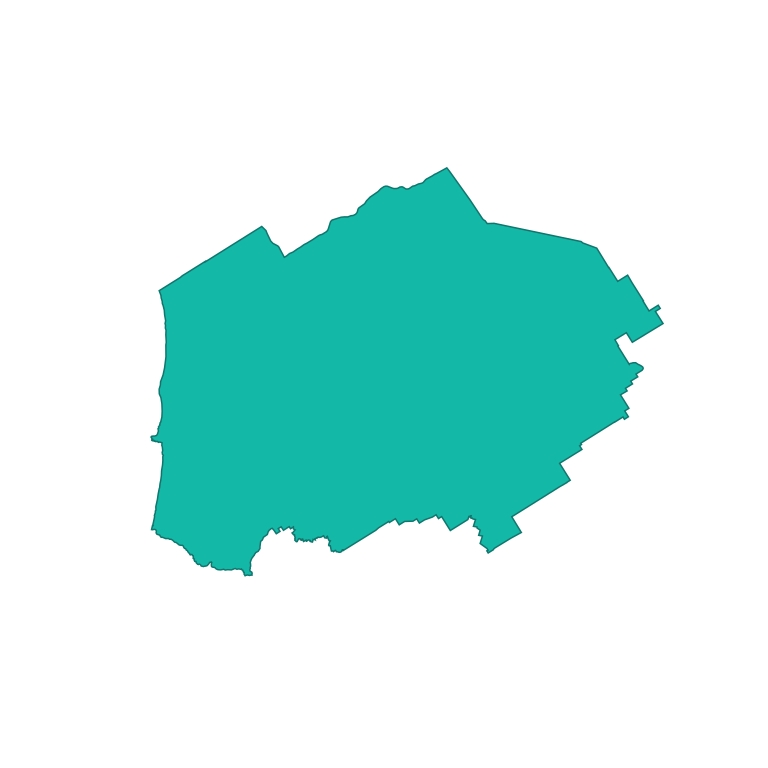 outline of Nannup, Western Australia, Australia, rotated 58°
{"feature_id": "25037944B96867361654532", "entity_name": "Nannup", "entity_type": "district", "adm_level": 2, "iso_a3": "AUS", "parent_name": "Australia", "parent_adm1": "Western Australia", "projection": "equal_earth", "projection_center": [115.67, -34.135], "detail": "fine", "context": "isolated", "style": "filled", "palette": "teal", "viewbox_px": 768, "rotation_deg": 58, "n_neighbors": 0, "source": "geoboundaries", "source_scale": "gbopen_adm2", "svg_char_len": 6170}
<svg xmlns="http://www.w3.org/2000/svg" viewBox="0 0 768 768"><g transform="rotate(58 384 384)"><path d="M185.7,525.2L190.6,526.2L193.1,527.4L196.2,528.2L198.4,529.4L200.3,529.7L204.9,531.2L208.9,533.3L214.7,535.7L216.8,537.7L218.3,538.1L220.7,539.8L222.8,540.3L226.6,542.9L233.3,546.6L235.3,548.3L245.4,554.5L254.0,561.5L259.3,566.6L263.6,572.2L266.5,574.3L269.2,577.4L273.3,579.8L277.3,580.4L283.0,582.8L289.6,586.6L294.2,589.8L298.0,593.6L298.3,594.5L299.1,595.0L299.3,595.6L300.1,595.9L300.8,597.9L302.0,598.4L302.1,599.3L304.4,600.3L306.5,602.8L307.1,604.2L306.5,606.4L305.6,607.6L305.7,608.2L305.2,608.7L305.2,609.1L305.6,609.2L305.7,609.7L307.4,609.8L308.1,609.5L308.2,610.5L308.6,610.8L309.2,610.6L309.7,610.1L309.5,609.6L310.2,609.5L310.3,609.2L311.0,608.9L311.5,608.4L311.3,608.3L311.9,608.1L312.4,606.8L312.7,606.8L313.0,606.3L313.9,606.3L314.2,605.3L315.1,604.2L316.2,603.4L318.4,605.0L319.8,605.3L323.1,606.9L324.5,608.4L326.4,609.2L327.5,608.9L328.4,610.1L331.9,612.2L335.4,614.8L339.7,618.6L343.8,621.4L347.2,624.2L349.8,626.7L353.2,629.4L353.7,630.1L357.5,633.7L362.0,637.5L367.1,642.5L369.7,644.0L370.2,644.4L370.4,645.1L372.0,646.2L373.8,648.4L374.8,648.8L376.5,650.3L381.2,654.9L381.3,655.1L381.6,654.8L381.9,655.3L381.8,655.8L384.3,658.3L384.9,657.6L385.6,655.7L386.5,654.9L387.9,654.8L389.4,656.1L390.7,656.3L392.1,655.4L393.2,654.3L394.8,654.4L395.9,654.2L396.7,653.0L399.5,651.0L400.7,648.8L402.1,648.0L403.0,646.7L404.8,645.9L406.4,645.6L407.5,645.2L408.1,644.3L412.0,643.0L413.1,641.8L414.1,640.3L415.4,640.1L416.2,640.4L417.7,640.3L418.5,639.5L420.2,639.7L421.0,639.1L423.3,639.2L424.9,638.7L425.8,639.0L426.3,638.8L426.4,637.9L426.9,637.2L427.9,637.3L428.6,636.8L429.3,637.3L429.9,637.4L430.5,638.2L431.5,638.0L431.9,637.6L432.8,638.3L434.1,638.5L434.9,637.5L436.0,638.0L438.1,637.6L438.7,637.1L438.8,636.2L439.4,635.7L440.2,635.4L441.4,635.5L442.2,634.8L443.1,633.9L443.6,632.1L444.0,631.7L444.3,630.1L443.5,627.5L442.9,626.5L443.5,624.7L444.0,624.6L445.1,625.8L447.0,626.9L447.7,626.9L448.6,626.3L449.9,624.8L451.9,624.3L453.4,623.3L455.1,621.0L456.2,618.1L457.6,617.3L458.6,615.0L460.8,611.9L461.5,608.2L461.8,607.7L462.7,607.4L463.3,606.6L463.8,605.2L465.2,603.7L465.4,602.9L466.4,603.0L467.2,602.4L468.5,602.8L468.7,602.6L469.2,602.8L469.8,602.5L471.1,603.4L473.0,603.4L473.0,602.7L473.6,601.0L475.1,599.5L475.3,598.7L476.0,597.4L475.5,597.4L475.3,596.5L473.7,595.8L471.6,596.7L470.3,596.2L469.7,595.3L468.6,594.7L467.8,593.6L465.6,592.4L464.7,592.2L463.3,590.6L461.8,588.5L460.6,585.4L460.5,584.9L459.9,584.1L459.1,582.2L459.0,581.8L459.2,579.4L457.9,576.6L457.5,576.1L456.6,575.7L452.1,572.0L451.8,569.9L451.1,568.8L450.1,567.5L449.8,562.7L448.0,560.6L447.2,558.9L446.9,556.4L447.1,555.3L449.9,554.8L453.9,554.7L453.9,550.3L450.6,550.3L450.6,546.9L454.8,546.8L454.7,540.0L457.2,540.0L457.2,536.6L458.9,537.6L460.6,536.7L460.9,537.9L461.5,539.2L461.6,540.9L463.9,540.6L464.3,540.4L464.4,539.8L464.7,539.8L465.8,540.5L467.1,540.6L467.3,541.0L468.1,541.7L468.4,541.5L469.3,542.4L471.3,541.9L471.6,541.1L470.1,538.6L470.2,537.8L470.7,537.3L471.8,537.5L472.0,537.3L471.8,536.6L472.0,536.3L472.2,536.5L472.2,536.9L472.7,536.8L472.9,536.4L472.3,535.8L472.2,535.5L472.4,535.1L474.9,535.7L475.0,534.9L474.9,533.8L475.1,532.8L476.1,533.2L476.4,532.9L476.1,531.8L476.3,530.5L477.6,529.5L478.1,530.1L478.4,530.0L480.1,528.6L480.0,528.1L478.9,527.4L478.7,526.7L478.3,526.5L478.9,526.0L478.8,525.7L479.0,525.6L479.0,525.2L479.6,524.9L478.9,524.7L478.8,525.1L478.6,524.8L478.6,524.4L478.9,524.2L478.8,522.8L479.2,522.6L479.2,522.1L478.9,521.8L479.1,521.4L479.0,521.0L479.8,520.2L480.5,518.5L480.7,515.6L483.0,515.8L484.2,514.5L483.7,513.5L483.1,513.3L483.2,512.7L485.0,513.3L488.0,513.6L488.4,513.3L488.3,512.8L488.6,512.6L489.5,514.4L491.2,516.3L492.1,516.3L492.7,515.3L497.7,517.1L498.1,516.8L498.4,515.9L499.5,515.6L499.2,513.7L499.5,513.2L501.0,513.3L501.7,512.3L503.0,511.2L503.5,510.1L503.6,509.1L502.5,507.1L503.0,506.3L503.6,506.7L503.7,468.4L503.1,464.8L503.1,452.8L504.3,452.8L504.3,445.7L511.5,445.7L511.5,439.3L515.7,432.1L515.7,427.7L520.7,427.7L520.7,421.6L522.5,413.4L522.5,409.1L527.0,409.1L527.0,405.4L543.4,405.4L543.4,384.7L541.4,382.3L542.1,381.9L542.2,381.2L541.5,380.7L541.9,379.9L542.6,380.7L542.6,381.3L544.0,381.3L544.3,380.4L545.0,380.4L545.8,379.9L547.4,378.2L552.1,383.6L554.5,380.9L555.5,381.4L558.9,379.9L562.5,383.9L565.1,381.1L570.2,387.0L578.1,383.8L580.0,383.8L580.0,385.2L582.5,385.2L582.5,379.1L581.9,378.0L581.8,376.7L582.0,357.9L582.7,346.2L564.3,346.0L564.2,289.6L564.5,281.3L564.3,281.3L564.3,277.1L544.3,277.1L544.4,250.8L540.0,250.8L540.0,248.6L538.5,248.6L538.4,208.6L538.6,208.6L538.6,198.8L541.3,198.8L541.3,194.1L534.4,194.1L534.4,189.2L518.5,189.2L518.7,181.5L515.6,181.5L515.6,173.2L512.3,173.2L512.4,165.0L509.1,165.0L509.1,157.8L508.5,156.4L507.9,155.8L506.8,155.6L505.3,156.1L503.6,157.0L501.8,158.2L499.3,159.3L497.9,161.7L497.4,163.5L497.0,164.3L496.9,164.9L497.3,165.6L475.8,165.6L475.8,164.9L468.8,164.7L468.9,151.3L480.2,151.3L480.6,115.3L466.3,115.4L466.3,109.7L462.5,109.7L462.5,120.5L450.9,120.4L450.9,119.9L429.9,120.0L420.8,119.7L420.8,131.4L404.4,131.5L404.4,131.8L381.5,131.6L369.7,140.7L367.7,141.3L306.1,205.5L302.6,211.5L299.3,211.7L297.2,212.7L295.4,212.9L273.8,213.5L238.6,215.7L234.0,216.2L233.3,228.2L233.0,230.0L233.1,232.7L232.7,239.2L232.8,240.5L233.8,243.7L233.9,244.8L233.6,246.0L232.6,248.9L232.2,252.7L231.4,254.9L231.6,258.9L231.4,260.1L230.7,261.4L230.0,262.2L227.2,263.5L226.3,264.2L225.4,266.1L225.3,268.5L225.0,269.5L223.6,271.9L222.5,273.0L218.2,276.2L217.2,277.5L216.6,279.4L216.7,283.0L217.7,287.3L218.1,296.6L219.4,301.8L220.9,304.9L221.3,311.8L221.9,313.3L224.3,315.9L225.0,318.1L224.8,320.7L223.8,322.8L223.1,326.2L221.3,329.0L219.8,332.0L217.5,340.9L217.5,341.8L218.1,343.4L222.9,349.0L223.7,350.1L224.3,351.9L224.3,357.1L223.7,359.2L223.5,360.8L223.8,368.1L223.7,374.9L223.4,377.9L223.7,382.2L223.6,385.9L223.9,391.2L223.3,395.0L223.8,398.9L223.7,401.4L211.9,400.6L210.6,400.9L205.8,403.7L202.7,404.3L194.5,403.4L191.3,402.8L185.6,404.2L185.7,470.8L185.3,470.5L185.3,497.7L185.7,500.3L185.7,525.2Z" fill="#14b8a6" stroke="#0f766e" stroke-width="1.5"/></g></svg>